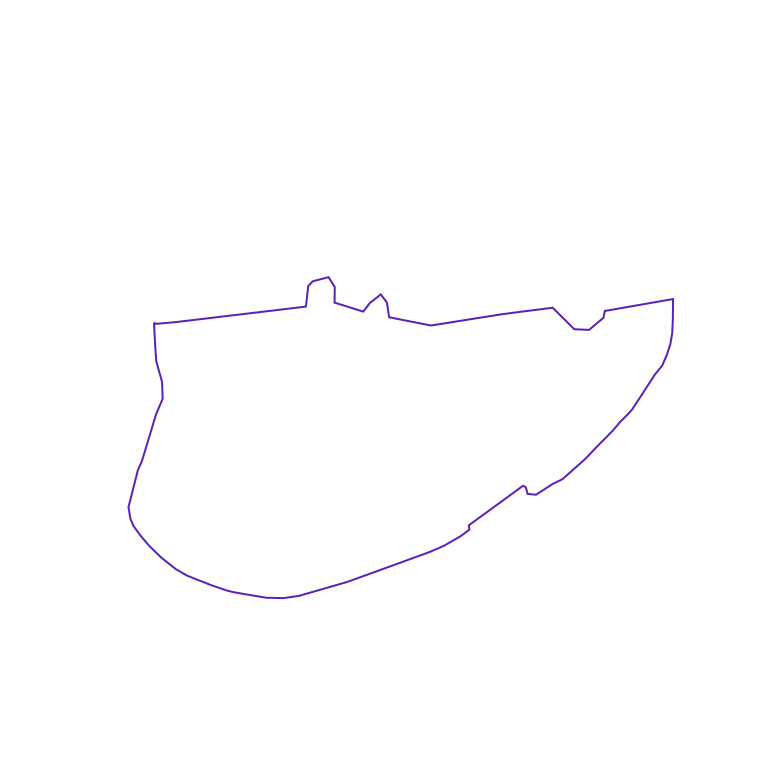 Niamina Dankunku, Central River, Gambia (orthographic projection), rotated 236°
{"feature_id": "56634734B21442074713298", "entity_name": "Niamina Dankunku", "entity_type": "district", "adm_level": 2, "iso_a3": "GMB", "parent_name": "Gambia", "parent_adm1": "Central River", "projection": "orthographic", "projection_center": [-15.324, 13.604], "detail": "fine", "context": "isolated", "style": "outline", "palette": "violet", "viewbox_px": 768, "rotation_deg": 236, "n_neighbors": 0, "source": "geoboundaries", "source_scale": "gbopen_adm2", "svg_char_len": 1314}
<svg xmlns="http://www.w3.org/2000/svg" viewBox="0 0 768 768"><g transform="rotate(236 384 384)"><path d="M292.8,671.1L319.5,611.4L321.1,607.9L316.2,603.0L314.2,584.3L314.6,583.7L323.0,572.4L352.9,566.5L353.5,565.3L364.9,542.7L369.7,533.2L375.4,521.8L377.2,517.9L386.4,498.3L392.5,485.1L406.2,455.7L436.2,425.8L436.5,425.6L449.8,431.9L450.4,431.9L451.5,431.9L460.1,431.4L459.9,428.9L459.8,428.6L459.1,417.6L455.6,407.3L478.9,388.7L479.1,388.5L491.9,397.4L503.6,397.8L505.8,391.5L509.0,382.3L507.5,375.9L499.9,369.4L494.0,364.4L493.0,363.6L491.9,362.5L493.1,360.1L493.6,359.1L551.9,245.7L562.2,227.1L562.7,227.5L562.7,227.1L540.6,213.9L530.3,208.0L509.7,201.1L500.4,195.3L495.5,192.2L486.2,177.9L455.3,140.0L450.3,131.9L424.8,103.3L414.0,98.4L406.2,96.9L393.5,97.4L380.7,98.9L364.1,102.4L346.9,107.9L335.7,113.3L326.4,119.6L314.1,128.1L300.9,138.0L295.5,142.9L279.4,159.7L272.0,167.6L271.1,169.1L262.7,180.9L255.9,195.0L240.3,243.4L219.3,327.5L216.4,342.8L215.0,362.5L215.5,373.3L219.4,375.3L221.9,442.4L219.0,443.8L212.6,441.6L207.2,448.1L206.8,468.3L205.3,478.6L206.9,490.7L207.3,493.4L209.3,508.7L213.2,526.5L217.2,546.7L220.6,559.0L222.6,569.3L224.1,575.3L230.4,590.5L240.3,613.7L243.7,625.0L250.1,634.9L257.0,643.8L265.3,651.6L276.6,660.0L292.8,671.1Z" fill="none" stroke="#5b21b6" stroke-width="2"/></g></svg>